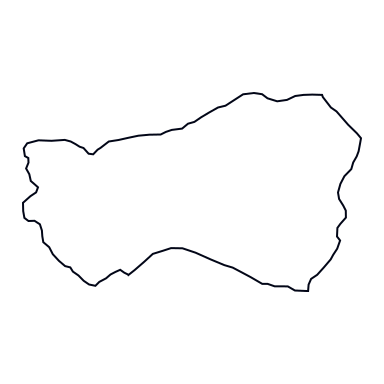 Ånge, Västernorrland, Sweden
{"feature_id": "70781695B50013402635272", "entity_name": "Ånge", "entity_type": "district", "adm_level": 2, "iso_a3": "SWE", "parent_name": "Sweden", "parent_adm1": "Västernorrland", "projection": "albers", "projection_center": [15.637, 62.483], "detail": "fine", "context": "isolated", "style": "outline", "palette": "ink", "viewbox_px": 384, "rotation_deg": 0, "n_neighbors": 0, "source": "geoboundaries", "source_scale": "gbopen_adm2", "svg_char_len": 1609}
<svg xmlns="http://www.w3.org/2000/svg" viewBox="0 0 384 384"><path d="M128.4,275.0L134.6,270.1L144.4,261.6L152.8,253.9L162.8,250.8L171.1,248.1L182.5,248.3L195.6,252.7L210.4,259.3L224.3,265.1L232.7,267.6L241.6,272.3L250.6,277.1L262.3,283.9L267.7,283.9L274.6,286.3L275.5,286.3L278.8,286.3L287.8,286.4L294.9,290.5L306.4,291.0L308.1,291.0L308.6,284.6L311.1,278.9L317.2,274.8L323.7,267.6L330.7,259.4L333.2,254.8L337.2,248.7L340.1,240.5L337.0,236.5L337.4,227.9L340.4,223.8L345.9,217.6L345.8,210.6L343.2,205.5L339.1,199.0L338.0,192.5L340.4,183.9L344.4,176.2L351.3,169.1L353.2,162.5L356.7,156.4L358.6,151.3L360.0,143.8L361.0,138.2L356.9,133.3L348.2,124.8L336.5,111.4L330.9,107.5L322.8,97.0L322.1,94.9L312.3,94.6L303.6,94.9L295.2,96.0L287.0,99.9L277.2,101.3L267.5,98.3L262.1,94.2L253.9,93.0L243.1,94.3L225.5,105.7L218.0,107.5L208.8,112.7L201.1,117.3L194.4,121.9L188.0,123.7L182.1,128.6L171.8,129.9L165.9,131.9L160.7,134.5L149.4,134.7L138.4,135.7L128.8,137.7L118.5,140.0L108.8,141.5L100.5,147.9L97.6,149.7L93.2,154.3L88.6,153.7L83.5,148.0L79.6,146.7L75.5,144.1L70.7,141.5L64.8,139.9L51.6,140.8L48.4,140.7L38.5,140.3L27.2,143.3L23.7,148.4L24.9,156.1L28.3,158.0L28.5,162.6L26.1,168.5L29.3,174.2L30.8,181.0L34.4,184.1L38.0,187.3L36.1,192.4L30.4,196.2L23.0,202.8L23.2,211.1L24.4,217.9L27.4,220.2L28.5,221.0L34.5,220.8L39.9,224.3L41.9,230.5L42.3,236.2L43.3,242.2L49.2,247.2L52.8,254.2L58.9,260.8L65.1,266.1L70.3,267.4L72.9,271.6L78.5,275.5L83.7,280.8L89.1,284.5L95.4,285.8L99.3,281.9L106.1,278.3L110.5,274.5L115.5,271.9L120.2,269.8L124.3,272.7L128.2,274.6L128.4,275.0Z" fill="none" stroke="#020617" stroke-width="2"/></svg>